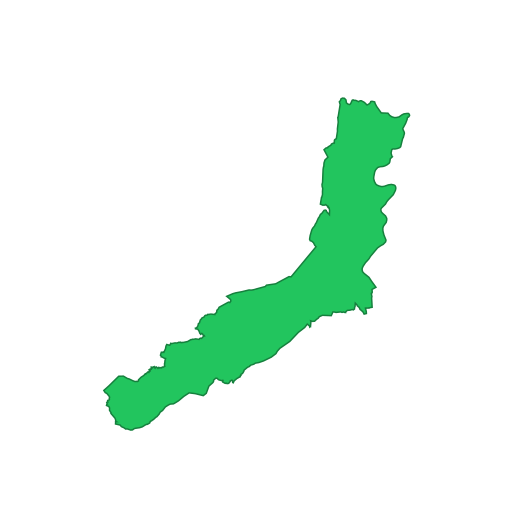 outline of San Lucas, Michoacán, Mexico, rotated 244°
{"feature_id": "50627088B69518747505267", "entity_name": "San Lucas", "entity_type": "district", "adm_level": 2, "iso_a3": "MEX", "parent_name": "Mexico", "parent_adm1": "Michoacán", "projection": "mercator", "projection_center": [-100.756, 18.588], "detail": "fine", "context": "isolated", "style": "filled", "palette": "green", "viewbox_px": 512, "rotation_deg": 244, "n_neighbors": 0, "source": "geoboundaries", "source_scale": "gbopen_adm2", "svg_char_len": 6094}
<svg xmlns="http://www.w3.org/2000/svg" viewBox="0 0 512 512"><g transform="rotate(244 256 256)"><path d="M201.9,60.3L199.3,60.6L197.8,61.7L193.9,62.6L193.0,62.4L192.6,61.8L191.4,61.4L191.0,60.7L191.2,59.5L190.7,58.9L189.7,58.9L189.9,58.2L189.6,57.5L188.0,57.5L188.0,56.8L187.2,56.1L185.3,57.7L183.7,57.8L181.5,56.7L178.5,57.0L178.1,56.6L171.9,58.2L169.8,57.9L169.1,57.4L168.3,57.9L168.6,57.2L166.6,56.1L163.6,59.8L161.7,60.2L159.4,62.1L157.6,63.0L157.1,64.4L154.3,67.3L154.2,68.2L153.8,68.8L154.2,70.3L154.1,71.8L152.7,76.2L152.3,78.9L152.7,82.6L152.6,84.2L152.3,84.6L152.5,87.1L152.7,87.6L153.3,87.9L153.7,88.7L153.6,90.0L154.1,91.4L153.9,91.9L155.0,95.4L155.0,96.4L156.4,99.7L157.6,101.3L158.1,104.3L160.1,108.4L160.5,112.1L160.5,114.0L159.3,117.0L159.4,118.7L159.8,122.8L161.5,129.7L162.3,135.9L158.9,141.1L153.6,147.4L154.4,151.1L159.7,156.6L161.1,161.6L161.7,162.7L163.1,163.6L163.8,166.3L163.2,167.4L161.4,168.0L160.7,168.6L158.9,170.7L158.8,171.7L158.4,171.7L157.8,170.9L157.4,170.8L155.0,172.5L154.8,173.5L154.0,174.0L153.5,175.6L154.5,177.7L154.9,177.8L155.1,179.5L154.6,180.2L152.5,179.6L152.0,180.0L153.1,181.2L153.5,182.1L154.3,185.3L154.3,186.6L154.5,187.2L154.3,188.6L155.2,189.7L155.3,190.7L155.6,189.9L156.2,190.7L156.3,192.3L157.6,194.4L158.6,195.2L159.7,199.6L159.6,201.9L160.0,202.2L160.2,203.6L159.7,206.6L160.0,208.4L159.0,211.8L158.4,216.7L158.4,225.4L159.5,231.1L161.1,233.4L162.6,237.1L164.4,248.9L168.8,260.6L170.4,268.4L172.3,272.2L169.8,273.4L168.8,273.2L169.0,273.6L168.6,274.0L172.8,276.5L173.8,276.7L172.5,278.0L171.7,280.1L172.5,282.6L172.8,284.6L173.7,286.3L173.6,289.7L169.4,297.5L172.0,300.6L171.5,301.6L170.2,303.2L168.6,307.7L167.6,308.6L167.3,310.2L166.6,310.7L165.9,311.8L166.5,312.1L167.1,314.2L166.1,316.8L165.7,319.1L164.9,319.8L165.2,321.3L166.4,321.9L167.1,322.8L170.1,324.6L168.0,325.3L166.9,325.2L164.5,326.2L162.3,326.1L161.0,326.8L158.5,327.7L156.4,327.7L155.9,330.0L157.8,330.8L161.2,331.5L159.7,334.7L159.9,334.8L159.0,337.9L167.8,341.6L168.5,342.3L171.9,343.3L172.0,344.2L172.7,344.7L175.1,345.6L175.3,350.1L182.7,348.8L187.3,348.2L193.0,345.5L195.2,344.9L197.2,345.4L198.4,346.1L199.8,347.7L202.0,351.4L203.8,356.0L205.6,358.9L210.0,368.8L210.6,372.6L210.7,375.5L211.9,378.7L213.3,379.8L218.9,380.2L223.0,381.1L225.6,382.3L227.1,383.8L229.1,387.7L231.0,389.3L232.5,390.0L235.2,390.0L239.1,388.4L240.6,388.0L242.4,388.3L243.4,388.8L244.1,389.8L245.9,395.1L247.5,397.4L248.6,399.8L250.9,406.2L253.8,410.0L255.3,411.2L256.7,411.8L258.4,411.8L259.4,411.1L261.0,409.0L261.9,406.1L262.4,401.9L263.1,399.8L263.7,398.8L265.2,397.1L267.1,395.6L268.2,395.2L271.1,395.1L274.0,395.7L275.6,396.6L279.6,399.6L281.0,401.3L282.2,404.2L281.9,406.5L280.8,409.4L280.5,411.3L280.5,413.7L281.0,416.3L281.8,417.4L284.6,419.4L285.4,422.1L285.9,421.9L289.3,422.5L292.2,424.8L292.1,426.2L291.2,428.0L290.6,430.3L290.4,432.6L290.8,433.9L297.3,439.3L297.9,440.3L301.1,443.1L302.2,443.5L305.8,443.6L306.2,443.8L309.7,448.7L312.5,451.7L313.6,452.4L314.2,453.2L314.0,454.0L314.9,455.6L316.1,455.9L317.2,455.6L317.9,454.3L318.9,451.2L318.9,449.1L318.3,445.5L319.0,442.7L319.8,441.0L321.6,439.1L323.8,437.8L326.5,437.2L329.7,431.3L337.4,430.0L340.8,429.9L342.5,430.2L344.0,428.4L344.4,427.6L344.5,426.8L343.8,426.2L343.2,424.7L343.0,422.3L343.3,421.8L345.2,421.3L346.8,420.6L349.4,418.7L349.8,417.8L349.9,416.6L349.7,415.9L351.9,414.1L352.6,413.2L352.9,412.3L353.8,411.7L353.8,410.7L351.8,408.3L351.1,407.1L351.1,406.5L352.3,405.2L354.0,404.4L356.9,405.3L359.0,404.6L360.0,403.0L360.0,401.3L358.7,400.1L358.1,398.5L355.2,398.0L345.0,390.8L344.8,390.3L340.3,388.6L334.6,384.9L332.4,383.9L326.2,379.6L326.2,378.5L325.9,377.5L325.2,376.9L323.2,375.9L323.5,375.3L323.6,373.5L323.5,372.8L322.7,371.7L322.5,368.6L321.9,367.9L322.4,366.3L321.7,363.7L313.3,364.0L312.1,360.1L309.8,357.9L306.8,356.2L306.5,355.7L304.5,354.3L293.0,348.1L291.4,346.7L289.4,345.9L287.5,345.6L285.0,344.1L282.1,342.7L280.1,341.0L280.0,340.6L274.4,336.6L272.4,338.3L271.5,340.4L271.7,341.2L269.1,342.2L269.2,342.5L268.7,342.6L268.2,342.0L267.4,342.3L267.4,342.7L267.0,342.8L264.7,342.1L260.9,340.1L265.3,338.8L266.1,339.1L266.8,338.6L267.2,337.2L265.4,333.7L265.2,332.2L263.4,330.0L262.7,328.6L259.4,324.7L258.7,323.4L257.3,321.8L256.1,319.1L254.9,317.5L250.7,313.7L247.6,311.5L246.0,311.4L244.9,312.6L242.7,313.5L240.0,313.5L238.0,314.0L221.9,278.4L223.0,276.6L222.4,261.4L225.2,252.6L224.5,251.0L226.9,238.4L227.5,236.6L228.5,234.9L230.1,227.7L231.8,221.5L232.3,218.7L232.6,212.0L228.1,214.0L227.4,214.0L226.4,213.5L225.6,212.0L226.3,211.6L226.6,211.0L226.1,200.4L224.8,198.6L224.4,197.1L222.5,195.8L222.0,193.8L221.4,193.4L223.2,190.6L223.9,189.2L224.0,188.1L224.7,187.2L224.3,186.0L224.9,184.5L224.7,183.7L224.0,182.7L223.9,179.9L223.1,178.9L222.9,177.9L220.7,175.9L220.4,174.5L218.9,173.4L217.7,171.7L217.5,170.6L217.7,169.9L217.1,169.7L215.7,171.6L212.9,171.9L211.5,171.6L209.8,172.0L210.2,173.4L209.3,173.8L207.9,173.8L207.3,174.6L206.7,174.6L206.9,174.0L205.8,170.9L206.5,170.1L206.5,169.2L206.0,168.3L208.0,165.4L208.5,163.3L209.0,162.6L209.0,161.7L209.4,161.0L209.1,157.1L210.1,153.1L210.4,152.1L210.8,151.7L210.9,150.7L211.7,150.3L211.8,149.4L212.3,149.0L212.4,146.9L213.4,145.1L214.3,141.6L214.9,141.2L213.6,139.3L215.6,137.0L214.5,135.6L212.2,133.9L209.9,131.0L210.3,130.8L210.1,130.0L210.7,129.6L211.0,128.7L208.7,126.6L207.4,126.9L206.9,126.6L206.4,127.3L204.4,128.7L203.5,129.8L202.1,128.5L199.1,126.6L199.1,126.4L197.9,126.0L197.5,125.6L196.9,125.7L196.7,123.9L197.3,123.1L196.8,122.2L197.4,121.5L197.5,120.4L198.5,119.9L198.0,118.6L199.8,117.9L200.1,117.6L199.9,117.2L200.0,116.9L199.4,116.1L199.7,116.0L200.1,116.3L200.9,116.1L200.6,115.8L201.2,115.6L201.3,115.2L200.9,114.1L201.5,114.1L202.1,113.1L200.1,112.3L200.1,111.7L200.8,111.3L200.7,110.5L200.2,111.0L199.0,110.4L198.9,110.0L199.6,109.7L198.3,108.6L198.7,108.2L199.1,108.2L199.2,107.9L198.2,105.2L198.7,104.9L197.8,102.8L197.4,99.5L196.2,96.1L195.2,95.5L195.2,94.1L195.6,93.9L196.2,92.2L198.0,90.5L201.1,88.1L202.3,86.7L206.1,84.2L208.1,79.9L203.7,66.7L201.9,60.3Z" fill="#22c55e" stroke="#15803d" stroke-width="1.5"/></g></svg>